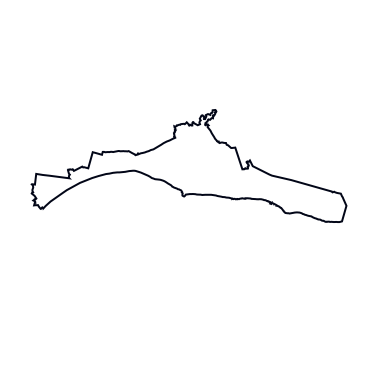 the district of Engures pag., Engures, Latvia, rotated 117°
{"feature_id": "27541924B28821818047362", "entity_name": "Engures pag.", "entity_type": "district", "adm_level": 2, "iso_a3": "LVA", "parent_name": "Latvia", "parent_adm1": "Engures", "projection": "orthographic", "projection_center": [23.212, 57.169], "detail": "fine", "context": "isolated", "style": "outline", "palette": "ink", "viewbox_px": 384, "rotation_deg": 117, "n_neighbors": 0, "source": "geoboundaries", "source_scale": "gbopen_adm2", "svg_char_len": 5966}
<svg xmlns="http://www.w3.org/2000/svg" viewBox="0 0 384 384"><g transform="rotate(117 192 192)"><path d="M274.2,317.0L271.0,316.1L264.7,313.7L251.1,306.5L247.2,304.4L234.7,295.9L224.9,287.3L220.2,282.5L215.0,276.7L213.1,273.9L210.8,271.1L208.6,267.7L207.5,265.6L204.4,260.7L201.9,257.5L199.9,254.3L199.2,252.9L198.8,251.8L197.9,246.4L197.4,238.3L197.5,236.2L197.8,234.0L197.5,232.5L197.4,231.1L197.3,230.6L195.8,226.7L195.4,225.4L195.0,222.9L194.9,221.3L195.1,218.9L195.3,217.4L195.5,213.8L195.7,213.0L196.2,212.0L196.1,211.3L196.2,210.0L195.8,207.1L195.8,206.4L195.9,205.8L195.5,204.5L195.6,203.8L195.5,202.6L195.6,202.1L196.1,201.5L196.4,200.9L197.0,200.9L197.4,199.7L198.6,199.4L199.5,198.9L199.6,198.7L199.6,197.0L198.9,196.6L197.1,196.3L194.9,193.1L193.3,190.1L192.4,188.0L192.2,187.0L191.6,185.5L190.5,183.2L190.0,181.5L188.4,178.8L185.7,173.4L184.2,169.0L184.0,167.5L182.9,163.9L182.5,162.2L181.7,160.5L181.4,159.0L180.3,156.4L179.9,154.4L179.7,153.5L180.0,153.2L179.5,152.9L179.6,152.3L179.6,152.1L179.3,151.8L179.3,151.6L178.9,151.3L178.6,150.5L178.6,149.5L177.8,148.8L177.8,148.3L177.5,148.2L177.0,146.8L176.3,146.3L175.2,144.9L175.2,144.7L174.8,144.4L174.4,142.9L173.8,142.1L174.0,141.6L173.8,141.4L173.5,141.7L173.0,141.1L173.0,140.6L172.5,140.0L171.2,136.9L171.1,136.5L171.2,136.3L171.2,136.1L169.5,132.2L168.8,130.4L168.6,130.2L168.3,129.4L167.9,129.0L167.8,128.7L167.0,127.0L166.5,124.9L166.5,124.0L166.1,123.4L166.0,122.7L165.9,122.2L166.0,121.1L165.7,120.5L165.9,120.3L165.7,119.7L165.6,119.2L165.8,119.0L165.7,118.5L165.7,118.3L165.5,118.1L165.5,117.8L165.9,117.5L165.6,117.3L165.7,117.0L166.0,116.9L166.8,117.0L166.7,116.2L166.7,115.9L165.9,115.6L165.9,115.9L165.5,116.1L165.3,116.0L165.6,115.8L165.3,114.5L165.3,113.3L165.5,113.2L165.3,113.0L165.3,111.2L165.4,110.9L165.8,110.6L165.4,110.3L165.6,109.5L165.5,109.3L165.5,108.9L165.4,108.5L165.5,108.4L165.5,107.3L165.7,106.7L165.7,106.3L165.9,105.9L165.7,105.3L166.6,103.3L167.0,102.6L167.1,101.9L167.6,101.6L168.0,100.3L168.0,99.8L168.3,99.3L167.6,97.3L167.1,96.3L166.9,95.3L163.6,91.0L162.5,89.2L161.5,86.8L161.2,85.1L161.1,84.5L161.3,83.5L161.1,82.7L161.0,81.6L161.0,80.8L160.7,79.9L160.6,78.6L160.4,77.5L159.5,74.4L159.7,73.4L159.6,70.9L159.2,68.8L159.3,68.4L159.1,67.6L159.2,67.1L159.0,66.7L158.5,65.5L158.4,64.9L158.5,63.0L157.9,61.6L158.0,60.4L157.9,59.3L157.4,58.6L157.4,58.2L156.8,57.6L156.2,56.4L156.0,55.4L155.1,53.9L155.0,53.4L154.6,52.7L154.4,52.0L153.2,49.9L152.5,48.2L151.8,46.9L150.1,45.0L134.2,48.1L129.1,54.4L128.6,54.9L128.1,55.6L127.8,56.3L125.9,58.6L127.0,62.4L127.3,64.3L127.2,65.4L128.5,66.6L128.4,67.1L128.1,67.5L136.3,108.9L141.1,128.1L141.3,130.9L141.4,149.6L137.6,154.7L138.3,154.9L138.9,154.8L139.3,155.0L139.5,155.6L139.6,156.5L140.2,156.9L140.5,157.0L140.8,156.8L141.4,155.7L141.6,155.0L141.9,154.6L141.8,154.2L142.7,153.8L142.8,153.4L143.3,153.4L143.4,153.6L144.0,153.9L144.6,153.4L145.4,153.1L145.4,152.9L145.7,152.8L146.3,153.6L146.4,154.2L146.8,154.6L146.7,155.3L147.6,155.5L147.9,155.7L148.0,156.1L148.3,156.2L148.4,156.8L148.9,157.4L132.8,173.6L134.8,176.6L135.0,177.2L134.0,181.0L134.2,182.5L132.9,184.0L133.7,185.6L134.0,187.1L134.7,188.5L135.8,189.5L135.7,191.1L135.6,191.4L135.0,191.3L135.4,192.8L135.0,193.2L135.0,193.3L133.9,196.0L133.4,196.5L130.8,200.9L128.9,203.5L127.1,207.5L125.6,208.0L125.1,207.5L124.6,208.7L125.0,209.1L125.1,209.5L125.6,209.9L126.3,210.1L126.3,210.6L126.2,210.8L125.4,210.9L124.6,211.3L124.2,211.0L122.6,210.6L122.2,210.2L120.3,210.5L120.1,210.4L120.3,210.1L119.6,209.4L119.4,208.6L117.6,208.1L117.3,207.7L116.8,207.6L116.6,207.3L116.6,206.8L115.4,207.3L115.1,207.3L114.9,207.8L114.2,208.1L113.6,207.5L113.6,206.9L111.7,206.8L111.2,207.0L110.9,207.5L110.3,207.0L110.0,207.3L109.9,207.0L109.3,206.8L108.8,207.3L108.7,208.1L108.4,208.1L108.3,208.4L109.8,210.7L111.7,210.0L112.5,210.1L112.9,210.7L114.3,211.0L115.0,210.7L115.3,213.1L117.1,214.5L118.3,213.5L121.1,213.4L121.5,214.3L120.8,214.5L120.6,215.0L119.8,214.9L119.4,215.4L119.1,215.9L119.3,216.4L119.3,216.7L118.9,217.3L119.0,217.7L119.7,218.2L123.2,218.3L124.3,216.7L125.1,217.1L126.6,217.0L127.8,215.8L128.1,216.0L128.2,215.8L129.9,217.2L129.8,221.4L129.1,222.5L129.3,222.9L130.4,223.0L132.6,221.9L132.9,222.3L132.9,224.2L134.0,224.4L134.1,224.7L133.1,226.1L132.3,228.3L134.3,228.9L134.8,229.2L134.7,229.6L135.5,231.1L136.7,232.8L137.5,233.0L137.8,233.9L138.6,234.5L139.5,235.7L140.0,235.5L141.5,236.7L141.5,237.5L142.1,237.1L142.1,236.7L142.3,236.3L143.0,235.6L143.7,235.3L143.9,235.5L144.0,235.3L144.7,235.2L145.2,235.1L145.4,234.9L145.5,234.7L145.4,234.6L145.5,234.6L146.0,234.6L146.3,234.5L146.4,234.8L146.6,234.8L147.2,234.6L147.6,234.8L147.9,234.5L148.3,234.5L148.8,233.9L149.1,233.8L149.3,233.5L149.9,233.1L150.6,233.2L150.8,233.1L150.8,232.6L150.9,231.8L151.3,231.5L153.0,233.0L156.2,235.3L158.5,237.4L161.4,239.5L163.9,240.9L171.5,245.7L173.3,247.7L175.2,249.1L176.7,250.7L178.1,251.9L179.9,254.0L180.6,255.0L182.4,256.6L182.2,256.8L182.1,257.6L182.5,257.7L183.2,257.3L184.7,258.9L184.6,259.1L184.8,259.2L184.5,260.4L184.5,262.9L184.3,267.0L185.1,267.9L185.6,269.1L186.4,270.8L186.7,271.6L188.3,274.4L188.4,275.1L188.9,276.2L192.2,280.4L192.5,281.4L193.0,282.5L193.9,283.6L194.7,285.3L196.0,287.4L196.2,288.6L196.8,289.7L199.7,289.1L201.0,295.7L201.6,298.5L218.0,295.2L218.9,299.4L219.5,300.1L219.2,301.3L226.8,306.8L226.4,307.6L226.4,307.8L226.0,308.1L225.9,308.6L226.6,309.2L226.8,309.5L227.1,310.8L228.1,312.1L228.3,311.7L229.0,312.3L231.7,309.8L232.0,308.7L233.7,308.9L235.4,307.9L235.5,307.6L242.2,326.4L244.6,332.8L246.6,339.0L256.7,335.3L257.7,338.1L257.9,338.2L258.4,336.7L260.1,335.5L262.7,335.1L263.7,334.4L264.4,333.4L264.8,333.7L265.0,334.1L266.1,334.1L266.9,330.5L268.5,327.7L269.3,328.0L269.5,328.6L269.9,328.9L270.5,328.7L270.5,329.0L271.6,329.5L271.6,327.5L272.6,326.8L272.7,327.2L275.6,326.6L274.8,325.4L273.6,323.2L274.6,321.8L275.7,319.3L275.7,319.0L273.7,318.4L274.0,317.2L274.2,317.0Z" fill="none" stroke="#020617" stroke-width="2"/></g></svg>